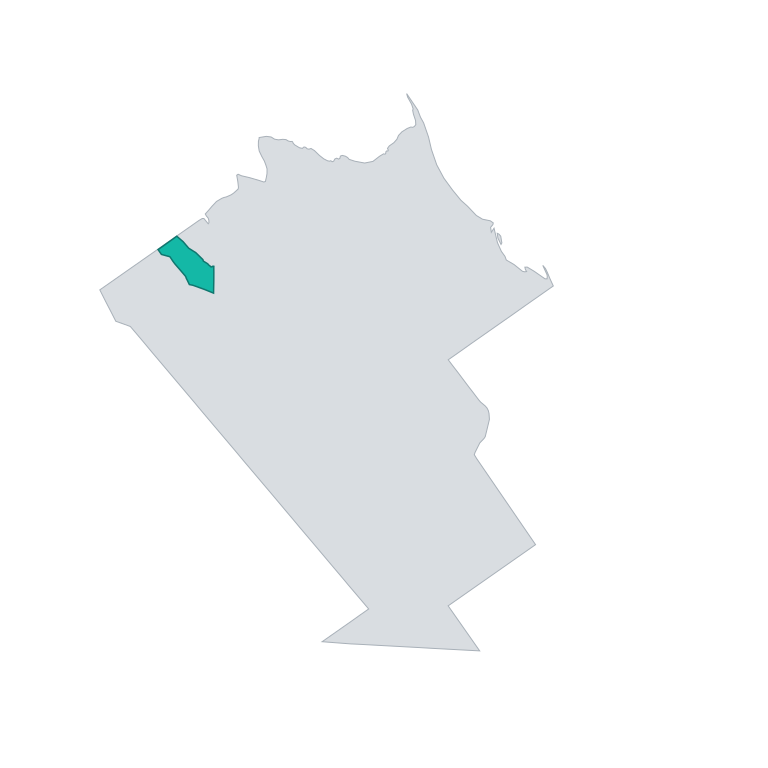 Timbedgha, Hodh ech Chargui, Mauritania (highlighted), rotated 145°
{"feature_id": "47542326B26087332325113", "entity_name": "Timbedgha", "entity_type": "district", "adm_level": 2, "iso_a3": "MRT", "parent_name": "Mauritania", "parent_adm1": "Hodh ech Chargui", "projection": "equal_earth", "projection_center": [-8.178, 16.265], "detail": "fine", "context": "in_parent", "style": "filled", "palette": "teal", "viewbox_px": 768, "rotation_deg": 145, "n_neighbors": 0, "source": "geoboundaries", "source_scale": "gbopen_adm2", "svg_char_len": 3918}
<svg xmlns="http://www.w3.org/2000/svg" viewBox="0 0 768 768"><g transform="rotate(145 384 384)"><path d="M339.1,654.7L338.3,654.3L334.8,651.1L333.2,647.3L330.4,644.5L326.6,642.5L324.1,640.4L323.0,637.9L321.6,636.3L320.1,635.4L320.0,634.5L320.3,633.3L320.0,631.1L317.8,626.1L315.7,623.8L313.9,624.1L312.9,623.5L312.3,622.4L312.1,620.8L310.8,619.4L308.7,618.8L307.1,615.1L305.8,608.3L304.2,603.0L302.2,599.2L300.7,597.7L299.7,597.5L299.3,596.9L299.0,595.8L297.4,595.4L295.2,596.5L293.2,596.1L292.2,594.3L290.8,594.1L289.0,595.7L287.1,595.2L285.0,592.8L283.9,590.4L283.7,588.0L280.1,583.2L273.1,576.1L265.4,572.7L257.1,573.1L252.4,572.8L251.4,571.7L250.4,571.8L249.3,573.1L248.2,573.4L247.1,572.6L246.3,573.2L246.0,575.0L243.1,576.0L237.5,576.0L233.0,577.1L229.5,579.3L224.6,580.3L218.4,580.0L214.6,579.1L213.3,577.8L211.5,577.5L209.2,578.2L207.0,581.8L205.1,588.2L203.5,591.8L202.3,592.7L200.9,597.5L200.1,605.4L198.9,608.9L199.2,589.1L201.1,581.6L201.8,575.1L205.9,560.7L210.6,549.0L215.1,533.3L216.9,518.2L216.6,503.5L215.6,490.3L213.6,481.7L211.7,469.1L208.8,462.5L203.3,456.7L202.1,453.3L203.4,452.1L206.8,451.2L209.1,446.7L204.5,448.5L210.0,434.7L211.8,425.3L211.7,419.2L212.7,415.4L208.9,407.1L205.9,396.8L204.4,395.2L202.7,394.3L202.5,396.7L201.6,398.9L199.6,397.6L196.3,390.1L191.8,377.8L190.1,376.6L188.7,378.3L187.8,379.9L185.9,390.1L185.5,386.0L186.3,381.2L187.6,375.4L189.1,367.2L193.3,367.2L200.7,367.2L215.6,367.2L223.1,367.2L238.0,367.1L245.5,367.1L260.4,367.1L267.8,367.1L282.7,367.1L290.2,367.1L305.1,367.0L312.6,367.0L317.5,367.0L317.3,361.2L317.1,356.6L316.8,350.5L316.6,344.3L316.4,338.2L316.2,332.4L315.9,326.7L315.7,321.3L315.5,316.4L315.2,313.6L313.7,308.0L313.4,305.3L313.8,302.4L314.9,299.6L317.9,294.6L322.3,290.7L327.4,286.2L331.3,282.8L333.3,282.0L339.3,280.8L344.1,278.2L348.7,275.7L350.6,274.3L350.9,269.6L352.0,165.5L374.7,165.5L380.7,165.5L422.4,165.5L428.3,165.5L458.7,165.5L458.7,160.7L458.7,153.7L458.7,144.1L458.7,134.4L458.7,117.6L458.7,110.5L464.7,115.2L476.7,124.6L482.7,129.3L494.7,138.7L506.7,148.2L518.7,157.6L524.8,162.4L530.8,167.1L536.8,171.8L542.9,176.6L555.0,186.1L560.1,190.0L567.9,196.4L575.2,202.4L582.5,208.4L571.3,208.4L556.2,208.4L546.0,208.4L535.5,208.5L525.6,208.5L526.5,218.3L527.5,229.0L528.5,239.7L529.4,250.4L530.4,261.1L533.3,293.4L534.3,304.2L535.3,315.0L536.2,325.8L537.2,336.6L539.1,358.3L540.1,369.1L541.1,380.0L542.1,390.9L543.1,401.7L544.0,412.6L546.0,434.4L547.0,445.3L548.0,456.2L549.0,467.2L549.9,478.1L550.9,489.0L551.9,500.0L552.9,511.0L554.9,532.9L555.9,543.9L556.8,554.9L557.8,565.9L558.8,576.6L562.7,582.2L567.7,589.2L566.3,599.2L564.7,611.1L562.8,624.1L549.1,624.1L535.6,624.1L502.0,624.1L495.2,624.1L461.5,624.1L454.8,624.1L441.8,624.1L437.9,623.8L436.6,622.8L436.1,616.1L434.9,616.5L433.6,618.5L432.9,620.6L433.1,623.5L432.9,625.8L428.5,626.8L422.7,628.3L416.5,629.6L410.3,629.1L408.2,628.6L405.9,627.7L401.0,626.7L398.3,626.6L395.2,626.9L391.6,627.4L390.4,628.6L387.6,633.7L384.9,639.5L383.2,639.5L381.3,636.3L375.9,630.3L369.5,622.3L366.6,618.4L365.0,617.9L361.9,620.7L359.2,623.4L356.4,627.3L355.2,631.0L354.1,635.3L353.6,640.4L352.6,646.4L350.3,651.2L347.6,654.9L345.6,656.6L344.9,657.5L339.1,654.7ZM207.0,438.2L204.8,442.5L203.9,440.9L203.6,438.1L205.6,434.0L206.5,432.0L208.1,431.2L207.0,438.2Z" fill="#d9dde1" stroke="#a8b0b8" stroke-width="1"/><path d="M486.4,611.1L486.4,609.7L486.5,605.5L486.4,602.2L485.6,594.6L484.8,586.0L485.2,584.2L485.4,583.9L485.5,582.6L485.6,582.0L486.4,577.1L484.0,574.6L476.8,564.4L471.5,556.2L471.2,556.6L464.5,565.8L459.4,573.0L456.8,576.8L455.9,578.0L456.4,578.5L457.2,578.8L457.7,578.6L458.6,579.2L458.8,580.4L459.4,582.2L459.4,583.3L459.8,584.4L461.5,588.3L461.1,589.5L461.0,589.8L462.0,595.1L462.8,599.4L466.1,607.3L466.9,615.7L469.0,623.9L491.9,623.7L492.0,623.7L492.0,617.9L491.9,617.8L491.9,617.7L488.6,613.7L486.4,611.1L486.4,611.1Z" fill="#14b8a6" stroke="#0f766e" stroke-width="1.5"/></g></svg>